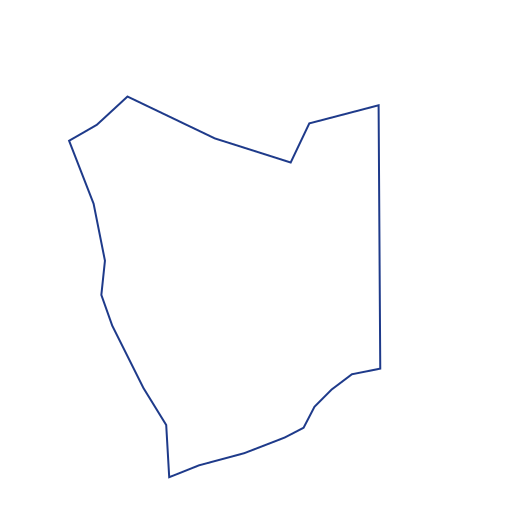 Sardoba, Sirdaryo, Uzbekistan, rotated 74°
{"feature_id": "79887680B81197262322731", "entity_name": "Sardoba", "entity_type": "district", "adm_level": 2, "iso_a3": "UZB", "parent_name": "Uzbekistan", "parent_adm1": "Sirdaryo", "projection": "equal_earth", "projection_center": [68.315, 40.329], "detail": "fine", "context": "isolated", "style": "outline", "palette": "blue", "viewbox_px": 512, "rotation_deg": 74, "n_neighbors": 0, "source": "geoboundaries", "source_scale": "gbopen_adm2", "svg_char_len": 437}
<svg xmlns="http://www.w3.org/2000/svg" viewBox="0 0 512 512"><g transform="rotate(74 256 256)"><path d="M283.3,413.4L351.9,400.6L393.7,388.9L444.7,400.4L441.5,368.4L442.3,321.7L438.4,278.4L434.2,257.6L417.0,241.3L405.2,220.1L396.1,196.4L398.5,167.6L144.9,96.6L143.2,168.2L175.7,196.9L131.6,263.2L67.3,335.6L86.0,372.8L93.7,403.9L161.0,397.7L218.9,402.5L250.8,415.4L283.3,413.4Z" fill="none" stroke="#1e3a8a" stroke-width="2"/></g></svg>